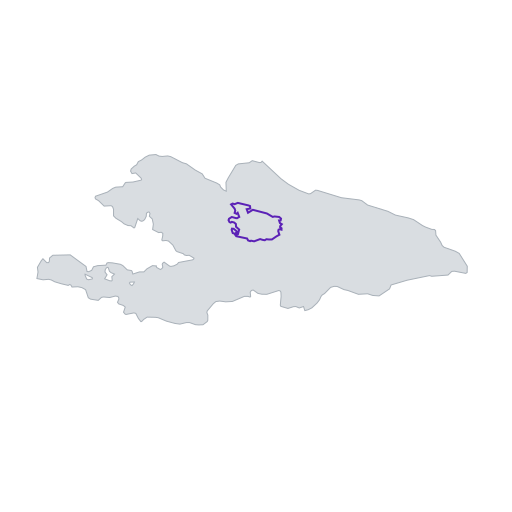 Jumgal, Naryn, Kyrgyzstan (highlighted), rotated 15°
{"feature_id": "92254566B27312472706206", "entity_name": "Jumgal", "entity_type": "district", "adm_level": 2, "iso_a3": "KGZ", "parent_name": "Kyrgyzstan", "parent_adm1": "Naryn", "projection": "robinson", "projection_center": [74.373, 41.867], "detail": "fine", "context": "in_parent", "style": "outline", "palette": "violet", "viewbox_px": 512, "rotation_deg": 15, "n_neighbors": 0, "source": "geoboundaries", "source_scale": "gbopen_adm2", "svg_char_len": 4636}
<svg xmlns="http://www.w3.org/2000/svg" viewBox="0 0 512 512"><g transform="rotate(15 256 256)"><path d="M113.9,301.3L115.1,300.6L119.1,299.8L127.1,299.1L129.8,299.7L135.2,302.7L139.4,302.3L140.2,302.8L141.7,305.3L147.6,301.5L151.8,300.4L154.0,296.6L158.5,292.1L162.4,291.4L162.4,292.1L163.1,292.8L167.1,293.8L168.3,292.6L168.9,291.0L167.6,288.4L167.6,287.3L168.8,285.7L175.1,288.1L176.5,288.1L179.3,286.7L182.0,284.3L182.9,282.3L195.8,276.1L196.7,274.9L196.6,274.1L191.2,272.6L188.8,273.5L186.5,273.5L185.2,272.6L178.6,272.2L177.2,271.6L172.9,267.0L167.6,264.2L165.0,264.3L161.9,265.5L160.9,265.0L160.7,260.7L160.1,258.2L158.3,257.6L155.9,258.6L149.3,257.2L148.6,251.8L146.2,247.1L142.7,245.2L142.6,242.4L141.4,241.2L140.4,241.5L139.1,243.0L139.7,246.1L139.1,249.2L138.3,250.8L136.8,252.0L135.1,252.0L132.1,250.4L131.5,259.9L130.9,260.5L127.4,259.1L124.5,259.7L120.3,259.1L117.1,257.6L110.9,255.8L108.0,254.1L106.3,247.7L104.6,245.4L103.0,244.9L96.4,247.1L89.6,243.3L86.2,242.4L85.4,241.3L85.5,239.8L96.0,232.7L100.1,227.8L102.7,225.8L109.3,223.6L110.8,219.1L111.3,218.6L118.0,216.4L125.4,212.5L125.6,211.4L124.8,210.5L118.3,206.9L114.9,208.5L112.9,206.5L112.9,204.3L115.2,200.7L117.1,198.8L117.9,195.3L120.6,192.9L123.4,189.2L126.8,186.2L133.1,183.9L136.5,184.6L139.7,184.1L144.8,182.2L147.9,182.1L160.7,184.9L165.0,185.0L175.0,188.7L182.8,190.6L186.6,194.1L199.2,195.7L202.6,196.7L203.9,198.5L207.5,200.6L210.5,201.1L207.9,192.6L209.0,187.6L213.0,173.7L215.1,171.6L225.3,167.7L227.7,164.9L235.0,164.9L236.6,164.4L237.4,162.8L260.1,174.9L268.7,178.3L280.7,181.4L290.8,182.4L292.5,181.7L296.5,177.0L298.4,176.7L323.4,177.6L341.3,175.1L343.9,175.2L350.6,177.9L371.8,178.7L380.1,180.4L393.3,179.8L398.8,180.1L408.9,183.5L412.4,184.2L419.0,184.8L421.5,184.2L422.9,185.0L424.4,189.3L430.7,194.8L433.1,197.7L435.4,198.9L447.2,199.8L451.6,200.9L462.7,211.2L464.2,217.3L463.1,218.5L451.6,219.3L449.1,220.2L446.4,224.7L431.0,230.1L428.7,230.0L408.2,240.3L394.0,249.0L393.5,253.2L385.2,262.7L378.9,263.9L373.6,263.6L364.8,266.5L353.6,265.5L349.7,265.7L342.3,264.4L339.3,265.1L336.2,267.0L331.9,274.6L330.1,276.4L329.3,278.1L328.7,281.8L327.1,285.7L323.4,291.6L320.3,294.4L317.3,296.1L315.0,292.5L311.2,295.0L307.6,294.5L305.4,295.2L300.4,298.4L293.0,298.2L292.2,297.2L290.7,288.5L289.4,284.4L288.3,283.5L287.0,283.4L276.4,290.2L271.5,291.4L267.5,291.6L262.2,289.6L261.0,290.1L260.1,291.2L259.8,292.6L261.3,296.4L260.9,297.2L258.5,297.1L255.2,298.0L245.0,306.0L238.6,308.1L232.6,308.9L229.0,310.4L227.0,313.3L223.1,321.7L223.2,323.4L224.8,325.6L226.1,330.7L225.8,332.0L222.6,336.1L218.5,337.4L215.3,338.0L209.1,337.5L206.0,338.3L200.1,341.5L195.3,342.1L186.3,342.1L177.4,340.9L174.5,341.3L166.7,343.2L164.0,346.2L162.5,348.9L161.8,349.2L158.6,346.8L154.7,342.5L152.7,342.6L145.6,346.1L144.6,346.0L142.6,344.6L142.9,339.2L140.6,338.1L135.8,337.8L134.2,336.6L134.7,333.1L134.2,331.8L133.0,330.8L130.5,331.1L125.4,334.0L119.5,335.0L117.5,335.9L115.1,339.7L107.3,340.5L104.8,339.7L100.1,332.6L96.0,331.6L91.9,331.8L86.3,333.6L84.9,332.1L83.5,331.7L82.2,333.0L75.3,333.2L68.3,333.0L64.3,332.1L61.7,332.2L56.5,334.1L50.2,334.5L49.6,327.9L47.8,323.5L49.8,316.2L50.9,313.8L55.6,316.6L57.3,316.1L57.8,314.7L57.1,311.4L59.5,307.9L76.2,303.0L94.5,310.1L96.8,314.7L98.4,314.5L101.0,312.4L101.8,308.5L105.5,306.3L113.4,303.7L113.9,301.3ZM123.1,317.4L123.4,316.7L122.1,313.3L124.0,310.1L120.3,309.6L118.4,308.7L116.3,305.5L115.6,305.3L114.5,306.2L113.9,308.3L114.3,310.6L117.0,312.7L115.7,317.2L121.2,317.8L123.1,317.4ZM103.8,320.5L103.7,319.5L102.4,319.1L95.6,317.8L95.8,318.7L98.4,322.1L100.4,322.3L103.8,320.5ZM144.9,314.7L145.3,312.6L141.2,313.8L140.7,314.9L142.1,316.2L143.9,316.7L144.9,314.7Z" fill="#d9dde1" stroke="#a8b0b8" stroke-width="1"/><path d="M222.5,224.6L220.3,227.0L220.2,228.5L221.6,230.1L222.9,230.3L223.8,229.3L226.3,229.3L228.3,230.3L229.1,232.9L232.9,234.8L232.9,239.6L231.8,240.2L230.4,239.2L231.0,238.4L231.1,237.2L227.4,235.5L225.7,235.8L225.7,237.0L227.6,239.9L229.2,239.9L231.8,242.0L242.9,241.4L244.3,243.0L246.5,243.2L247.2,242.5L250.4,242.3L255.6,238.6L258.3,238.7L260.4,238.5L261.7,237.1L264.3,236.7L267.1,235.9L270.7,231.7L273.1,229.4L271.0,226.2L271.0,224.7L272.0,224.0L273.8,224.0L273.5,222.6L271.7,221.8L271.7,220.6L272.7,218.6L270.6,218.0L269.1,215.7L270.6,215.2L270.5,213.4L268.3,212.3L263.7,213.0L262.0,213.9L255.5,212.1L241.0,212.2L237.1,216.3L234.9,213.2L238.2,211.6L237.3,209.3L235.7,209.1L224.7,209.4L221.9,211.5L219.9,211.4L218.6,212.6L223.1,215.8L224.2,217.5L224.2,219.9L226.3,220.3L227.1,219.0L229.7,222.6L227.9,224.4L227.5,224.4L227.0,224.6L222.5,224.6Z" fill="none" stroke="#5b21b6" stroke-width="2"/></g></svg>